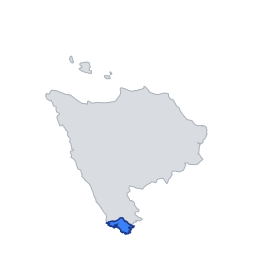 Spain, with La Coruña highlighted, rotated 239°
{"feature_id": "ESP-5827", "entity_name": "La Coruña", "entity_type": "Autonomous Community", "adm_level": 1, "iso_a3": "ESP", "parent_name": "Spain", "parent_adm1": "", "projection": "albers", "projection_center": [-8.526, 43.162], "detail": "fine", "context": "in_parent", "style": "filled", "palette": "blue", "viewbox_px": 256, "rotation_deg": 239, "n_neighbors": 0, "source": "natural_earth", "source_scale": "10m", "svg_char_len": 6693}
<svg xmlns="http://www.w3.org/2000/svg" viewBox="0 0 256 256"><g transform="rotate(239 128 128)"><path d="M132.4,63.9L132.5,64.5L133.6,65.6L136.7,66.0L137.5,66.4L137.5,68.0L136.9,69.4L137.6,70.0L138.3,69.9L139.2,68.7L139.4,69.4L140.9,70.0L144.1,70.9L146.3,70.9L148.7,73.1L152.4,72.3L155.9,74.4L158.9,73.5L159.7,73.9L164.5,73.5L164.5,71.5L165.0,70.7L173.7,72.4L174.9,73.9L174.8,74.8L175.5,76.6L176.5,76.4L178.6,75.1L181.6,76.1L182.5,77.2L183.1,77.2L185.1,75.7L191.1,76.4L191.2,75.4L191.6,75.1L193.9,73.9L194.9,73.6L198.0,73.8L198.6,74.9L199.2,75.2L199.6,76.1L197.9,76.9L197.9,78.6L199.2,79.8L199.7,82.2L197.0,85.7L188.7,92.1L186.1,95.6L179.6,98.0L172.9,101.2L169.2,105.8L170.3,106.0L171.7,107.3L171.3,108.0L169.6,109.1L168.0,109.6L165.5,115.1L161.7,120.8L160.4,123.4L157.7,129.9L157.8,131.7L160.1,137.7L161.2,139.2L162.7,140.4L165.4,141.3L166.1,142.4L165.4,143.6L163.0,145.7L158.8,148.8L157.0,151.0L156.8,153.1L155.6,154.1L155.3,156.9L153.9,160.9L153.9,161.9L155.4,163.2L154.1,164.2L147.1,165.2L143.0,168.6L141.0,171.4L139.5,176.6L137.3,179.7L136.2,180.3L134.5,179.1L132.4,179.1L130.4,179.7L129.4,180.8L127.8,181.4L126.2,181.1L122.7,181.0L121.2,181.2L118.8,182.2L116.7,181.7L113.2,181.6L105.6,182.7L104.7,183.1L101.4,186.6L97.7,186.8L94.5,188.3L92.3,191.7L92.0,193.4L91.3,193.1L90.8,193.2L90.6,194.6L88.3,195.5L85.6,194.5L83.4,192.9L82.3,192.8L80.4,190.4L79.5,188.8L78.9,187.1L78.8,185.8L77.2,185.2L76.8,183.6L77.9,181.5L79.4,180.3L78.0,180.4L76.9,181.8L75.5,179.7L69.9,175.6L70.2,174.2L69.3,175.3L68.7,175.6L65.9,175.5L62.6,176.0L61.2,169.0L62.0,166.5L65.5,161.6L67.7,160.9L68.6,158.4L66.5,158.5L63.2,153.7L64.0,149.2L67.2,145.8L67.7,144.5L67.8,143.2L67.1,142.3L65.4,141.9L63.5,138.4L63.1,136.2L61.6,134.9L60.3,132.8L61.4,132.4L65.9,132.3L67.0,131.7L67.8,130.3L68.6,127.8L68.8,126.3L67.0,124.3L66.9,123.8L67.2,123.1L69.9,120.7L69.3,119.0L69.6,115.3L69.4,113.1L69.0,111.4L68.1,109.1L68.6,108.1L70.0,107.3L71.1,105.4L72.7,103.8L74.8,102.5L77.3,99.7L76.8,98.5L76.0,97.8L72.9,97.4L72.7,96.8L72.6,93.9L71.8,92.7L70.7,92.8L69.0,92.4L68.6,92.7L66.4,92.6L64.9,92.1L64.3,92.6L64.1,93.7L61.6,94.8L60.2,94.7L57.8,93.9L55.2,94.2L54.8,94.0L52.6,95.2L51.8,95.2L50.9,93.8L52.1,91.6L51.0,89.6L50.3,89.5L46.1,91.0L43.7,93.0L42.7,93.2L42.4,92.9L42.3,90.1L44.8,87.2L43.2,87.0L43.3,86.1L44.3,84.7L43.3,83.7L43.3,80.7L41.0,81.7L40.4,81.5L40.4,80.3L41.8,78.0L40.3,77.7L39.2,76.8L37.9,74.8L37.9,73.8L38.6,71.4L40.6,70.3L42.5,68.6L45.2,68.9L49.1,67.5L50.5,66.8L50.4,65.8L50.0,65.0L50.4,64.3L53.5,62.3L55.5,62.1L57.4,61.0L58.7,61.7L59.9,61.4L61.2,62.2L63.0,63.9L65.5,64.6L67.5,64.0L77.9,63.6L80.9,62.6L83.2,63.6L87.6,64.0L90.4,64.8L97.8,66.0L100.5,65.9L105.8,64.1L107.3,64.4L109.4,63.5L110.4,63.6L111.8,64.6L116.6,65.7L117.8,64.4L118.7,64.1L122.1,64.6L125.7,65.8L127.4,65.8L130.0,65.2L132.4,63.9ZM203.6,119.7L205.0,120.1L206.3,119.3L207.0,119.4L207.7,119.6L208.1,120.7L205.9,126.5L203.8,128.3L201.3,127.4L200.0,127.3L199.5,126.9L198.9,125.2L198.3,124.8L197.3,124.6L195.7,126.2L195.1,125.4L194.2,125.3L193.8,124.8L193.7,124.1L198.7,119.2L200.1,118.1L203.4,116.5L203.9,116.6L203.5,117.3L204.1,117.8L203.6,119.7ZM218.9,115.2L218.6,116.8L214.2,115.4L212.8,115.4L212.4,115.1L212.4,113.6L215.1,113.0L217.4,113.4L218.9,115.2ZM182.7,137.7L182.4,138.8L180.3,138.7L179.7,138.3L180.0,137.1L180.6,136.9L180.6,136.0L181.1,135.1L183.9,134.0L184.6,134.5L184.9,135.3L183.4,137.4L182.7,137.7ZM185.3,141.7L185.0,142.0L182.7,142.1L182.6,141.4L182.9,140.3L183.9,141.2L185.2,141.2L185.3,141.7Z" fill="#d9dde1" stroke="#a8b0b8" stroke-width="1"/><path d="M44.3,79.9L44.2,79.9L44.1,80.2L44.0,80.5L43.8,80.7L43.6,80.7L43.4,80.6L43.2,80.4L43.1,80.2L42.9,80.0L42.7,80.4L42.7,80.6L42.8,80.7L42.5,81.1L42.4,81.2L42.2,81.1L42.3,80.9L42.1,81.0L41.7,81.3L41.8,81.6L41.7,81.7L41.2,81.8L41.1,82.3L40.9,82.4L40.7,82.7L40.5,82.4L40.5,82.1L40.4,81.8L40.1,81.7L39.9,81.5L40.0,81.1L40.2,80.6L40.4,80.4L40.3,80.2L40.4,79.9L40.5,79.6L40.6,79.3L40.7,79.2L40.8,79.1L41.0,79.0L41.3,78.8L41.7,78.3L41.9,78.2L42.2,78.1L42.3,78.0L42.3,77.7L42.3,77.4L42.0,77.3L42.0,77.7L41.8,77.9L41.5,78.0L41.2,78.1L40.5,78.0L40.2,78.0L40.3,78.3L40.0,78.6L39.8,78.7L39.6,78.7L39.4,78.5L39.3,78.3L39.3,78.0L39.1,77.7L39.3,77.7L39.5,77.5L39.6,77.4L39.5,77.1L39.3,77.0L39.1,76.9L39.0,76.6L39.0,76.4L39.1,76.2L39.2,75.9L38.8,75.8L38.7,75.7L38.5,75.4L38.4,75.3L38.4,75.6L38.2,75.7L37.9,75.6L37.7,75.7L37.7,75.8L37.5,76.2L37.4,76.3L37.3,75.9L37.1,75.8L37.1,75.7L37.5,74.8L37.5,74.7L37.6,74.4L37.7,74.1L37.4,73.9L37.3,73.5L37.4,73.4L37.6,73.4L37.7,73.2L37.8,72.9L37.9,72.7L38.1,72.6L38.1,72.4L38.3,72.6L38.5,72.6L38.8,72.4L38.9,72.2L39.0,72.2L39.3,72.0L39.5,72.0L39.5,71.8L39.3,71.9L39.0,72.0L38.8,72.0L38.8,71.8L38.4,72.0L38.2,72.0L38.1,71.7L38.7,71.1L39.1,70.9L39.6,71.1L39.8,71.1L40.1,71.1L40.4,70.9L40.6,70.8L40.7,70.5L40.8,70.3L41.1,70.5L41.4,70.5L41.8,70.3L42.0,70.2L41.7,70.2L41.4,69.7L41.2,69.6L41.2,69.4L41.3,69.4L41.8,69.2L42.3,68.8L42.7,68.7L42.8,68.6L43.1,68.5L43.6,69.0L43.9,69.1L44.1,69.1L44.6,69.3L44.8,69.3L45.2,69.2L45.6,68.9L46.1,68.8L46.5,69.0L47.2,68.7L47.3,68.5L47.4,68.4L47.5,68.3L47.6,68.2L47.8,68.1L47.9,67.9L48.0,67.9L48.7,67.7L48.7,67.9L48.9,68.1L49.1,68.4L49.3,68.2L49.3,67.6L49.4,67.4L49.7,67.4L50.1,67.6L50.3,67.9L50.4,68.1L50.5,68.2L50.7,68.5L50.9,68.7L51.0,69.0L51.1,68.7L51.1,68.4L51.0,67.9L51.0,67.6L51.2,67.3L51.4,67.2L51.2,67.0L50.9,67.0L50.5,67.0L50.3,67.0L50.0,66.6L49.8,66.6L50.0,66.4L51.3,66.2L51.5,66.1L51.5,65.8L51.4,65.8L51.1,66.0L50.4,66.1L50.5,66.0L50.5,65.9L50.4,65.8L50.2,66.1L49.4,66.2L49.5,65.9L49.5,65.6L49.6,65.3L49.8,65.4L49.9,65.1L49.7,64.9L49.6,64.7L49.9,64.6L50.0,64.5L50.3,64.6L50.7,64.4L52.5,63.0L52.7,63.3L52.8,63.3L53.0,63.2L52.8,63.2L53.0,63.0L52.7,62.8L52.7,62.6L52.7,62.4L52.8,62.2L53.0,62.0L53.5,62.0L53.8,61.9L54.2,61.7L54.5,61.4L54.8,61.0L55.1,61.1L55.3,61.3L55.4,61.6L55.5,61.9L55.5,62.0L55.5,61.9L55.3,61.9L55.2,62.0L55.1,62.3L55.1,62.6L54.9,62.5L55.4,62.7L55.5,62.6L55.3,62.2L55.6,62.1L55.9,62.2L56.0,61.8L56.2,61.6L56.5,61.4L57.0,61.3L57.2,61.1L57.4,60.8L57.5,60.6L57.8,60.9L57.7,61.0L57.4,61.4L57.4,61.6L57.3,62.6L57.5,63.0L57.1,63.5L57.1,64.0L56.7,64.6L56.7,64.9L56.8,65.1L56.8,65.3L56.4,66.6L56.1,66.8L56.0,67.2L55.9,67.3L55.7,67.4L55.1,67.3L55.1,68.5L54.5,69.2L54.5,69.3L54.4,69.4L54.5,69.6L54.6,69.8L54.6,70.0L54.2,71.1L54.6,72.8L54.6,73.0L54.5,73.3L54.5,73.5L54.9,74.6L54.9,75.1L54.8,75.5L54.5,76.1L54.4,76.2L54.1,76.4L54.0,76.5L53.7,77.1L53.3,77.3L53.1,77.3L51.5,77.0L51.2,77.1L51.1,77.3L50.9,77.4L50.5,77.3L50.3,77.4L50.0,77.6L49.9,77.6L49.7,77.3L49.7,77.2L49.4,77.2L49.3,77.3L49.4,77.7L49.4,77.9L49.4,78.1L49.2,78.3L48.7,78.1L48.3,78.7L48.0,78.9L47.8,79.0L47.6,79.0L47.3,78.7L46.3,78.9L46.1,79.0L46.0,79.3L45.9,79.4L45.4,79.3L44.5,79.6L44.3,79.9Z" fill="#3b82f6" stroke="#1e3a8a" stroke-width="1.5"/></g></svg>